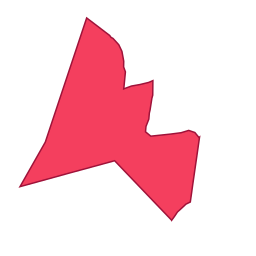 Dubrassay, Castries, Saint Lucia, rotated 199°
{"feature_id": "8701671B353408445184", "entity_name": "Dubrassay", "entity_type": "district", "adm_level": 2, "iso_a3": "LCA", "parent_name": "Saint Lucia", "parent_adm1": "Castries", "projection": "equal_earth", "projection_center": [-60.973, 13.984], "detail": "fine", "context": "isolated", "style": "filled", "palette": "rose", "viewbox_px": 256, "rotation_deg": 199, "n_neighbors": 0, "source": "geoboundaries", "source_scale": "gbopen_adm2", "svg_char_len": 669}
<svg xmlns="http://www.w3.org/2000/svg" viewBox="0 0 256 256"><g transform="rotate(199 128 128)"><path d="M211.0,37.4L170.7,65.0L130.0,92.7L56.9,55.1L56.7,54.9L55.3,59.4L53.9,64.7L50.7,70.5L48.4,74.9L45.0,78.3L46.9,88.2L48.2,94.7L53.6,123.0L57.4,142.7L57.8,142.1L63.3,145.5L69.8,145.5L76.3,140.8L86.0,136.0L103.8,127.7L110.2,130.1L111.5,135.3L111.2,143.2L112.7,149.1L113.0,152.2L115.1,163.9L115.3,167.1L119.9,180.9L123.3,177.8L131.0,172.9L138.4,168.8L144.8,163.6L145.4,166.4L148.7,180.2L152.0,184.3L153.8,189.8L158.7,198.5L163.8,203.7L171.3,207.8L173.6,208.2L175.4,209.5L202.9,218.6L201.6,87.7L211.0,37.4Z" fill="#f43f5e" stroke="#9f1239" stroke-width="1.5"/></g></svg>